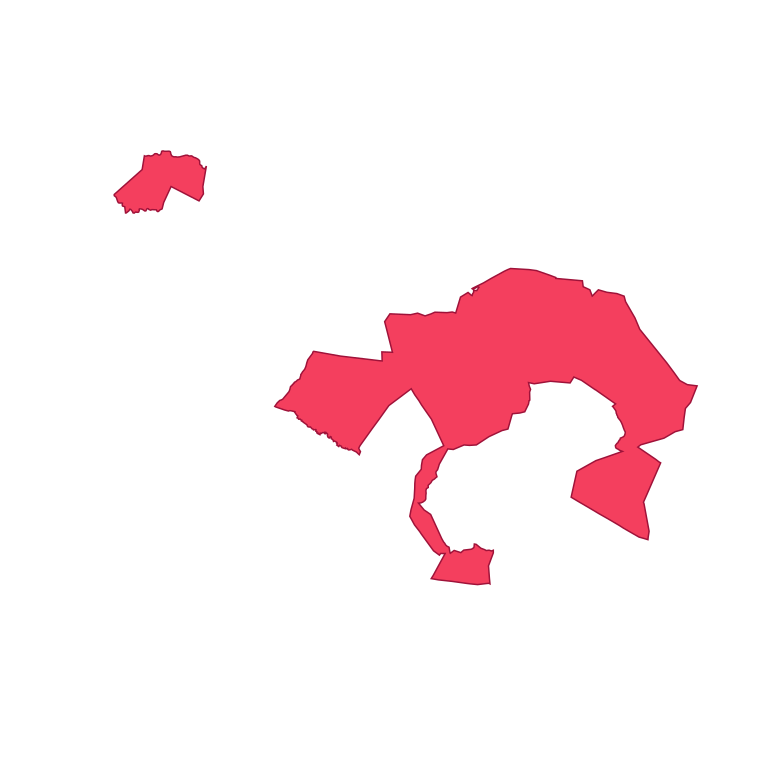 the district of Asunción Nochixtlán, Oaxaca, Mexico, rotated 103°
{"feature_id": "50627088B53050207097462", "entity_name": "Asunción Nochixtlán", "entity_type": "district", "adm_level": 2, "iso_a3": "MEX", "parent_name": "Mexico", "parent_adm1": "Oaxaca", "projection": "natural_earth1", "projection_center": [-97.155, 17.382], "detail": "fine", "context": "isolated", "style": "filled", "palette": "rose", "viewbox_px": 768, "rotation_deg": 103, "n_neighbors": 0, "source": "geoboundaries", "source_scale": "gbopen_adm2", "svg_char_len": 6130}
<svg xmlns="http://www.w3.org/2000/svg" viewBox="0 0 768 768"><g transform="rotate(103 384 384)"><path d="M476.3,91.8L474.2,92.1L468.6,92.5L467.8,92.6L442.2,103.7L440.8,104.6L431.9,102.9L398.6,96.7L398.1,98.4L396.2,102.5L388.4,122.5L385.5,120.2L373.8,99.0L365.0,89.6L361.2,82.6L349.2,84.0L340.0,84.8L333.1,81.2L315.4,78.5L316.4,88.3L314.2,96.2L313.7,97.1L307.8,103.8L299.8,113.2L273.2,147.1L263.1,154.4L249.5,167.1L244.4,169.8L243.5,177.4L244.5,187.5L244.0,196.3L248.5,199.1L251.0,200.5L251.5,200.9L245.9,204.6L244.4,211.8L238.8,213.9L242.5,240.4L241.6,240.5L240.9,245.6L239.2,260.9L239.9,268.4L243.0,286.7L244.8,289.3L247.1,292.2L256.9,303.2L263.1,309.8L270.6,319.0L271.3,319.6L271.7,318.4L268.1,314.6L268.4,313.3L272.1,314.6L272.7,317.7L274.7,317.3L275.9,317.9L278.0,318.0L277.9,318.8L275.9,322.7L282.1,329.0L298.7,330.1L298.5,333.7L300.3,338.7L302.6,350.6L305.2,354.1L308.4,359.3L307.4,367.2L310.5,373.7L314.3,394.0L323.1,397.4L329.8,393.9L351.2,382.9L353.2,393.3L361.9,391.0L362.2,392.6L363.3,402.8L366.6,432.7L368.0,459.9L368.5,460.3L369.4,460.5L370.0,460.4L377.6,463.7L380.9,464.0L382.9,464.0L384.8,464.1L387.5,464.6L390.5,466.1L392.7,466.8L393.4,467.2L394.4,467.0L395.7,467.1L397.9,467.2L398.2,467.3L398.3,467.6L398.8,468.0L399.1,468.6L399.7,469.3L400.5,469.7L400.9,470.1L401.3,470.2L402.4,471.6L403.3,471.7L403.6,472.3L404.8,472.6L405.3,473.2L406.1,473.3L407.2,474.3L407.6,474.5L410.4,474.5L412.7,474.8L415.3,476.1L421.6,479.3L422.7,480.6L423.5,481.9L426.4,483.8L430.4,485.4L430.7,484.4L431.7,474.9L431.8,472.2L431.8,470.9L431.2,470.0L431.0,468.8L431.0,464.6L431.6,464.7L432.3,463.8L433.0,463.2L433.6,462.2L434.1,461.9L434.5,460.8L436.5,461.1L436.8,459.6L437.5,459.3L437.4,458.9L437.1,457.7L437.6,457.3L437.8,456.0L438.6,456.1L438.9,454.5L439.5,454.1L439.7,453.3L440.5,451.4L441.0,450.0L441.8,449.5L442.7,448.7L442.8,447.2L442.4,446.0L443.8,444.1L443.9,443.7L443.9,443.0L444.6,442.4L443.7,440.2L443.9,439.9L445.3,439.9L445.5,438.8L445.6,438.6L446.6,438.5L447.2,437.7L446.7,437.2L447.5,436.3L447.8,435.0L446.3,435.0L446.4,434.1L445.1,432.8L445.1,432.0L444.4,431.0L445.3,430.9L445.8,430.2L444.4,429.5L444.7,429.1L445.2,428.7L445.0,428.2L445.6,427.6L446.7,427.6L448.2,426.9L449.0,425.3L447.3,424.4L447.6,423.4L449.1,423.2L449.5,421.9L450.3,420.8L451.3,420.3L450.7,419.5L451.5,416.7L452.3,416.9L452.8,415.9L454.1,416.3L455.1,414.0L453.8,413.6L454.3,411.4L454.9,411.3L455.4,410.7L455.7,407.8L455.1,407.2L455.6,407.0L455.8,406.5L455.0,405.2L455.1,404.9L455.9,404.5L456.2,403.8L456.1,403.1L455.8,402.7L455.5,401.8L454.9,400.8L455.5,399.8L456.5,395.5L457.2,394.4L458.5,392.2L455.2,391.7L453.8,393.0L452.2,394.2L449.5,393.5L434.6,387.3L430.0,385.4L420.3,381.2L403.9,374.4L382.5,356.4L387.7,351.5L392.4,346.2L395.9,342.8L401.9,336.2L407.6,329.9L430.7,311.9L443.5,326.6L449.1,329.5L454.8,329.2L458.7,328.5L463.4,330.8L466.7,332.4L470.3,332.1L473.9,331.6L478.7,330.6L488.6,328.9L500.4,329.4L507.1,329.1L514.4,322.6L519.8,316.0L521.7,314.0L535.4,298.2L538.3,291.5L536.4,290.7L535.4,286.3L559.5,293.0L563.0,294.2L562.6,286.9L561.0,273.3L559.7,258.6L559.3,254.8L558.4,247.7L555.4,239.4L554.6,237.0L554.9,235.8L549.5,237.6L538.2,241.1L537.9,241.3L524.8,239.6L523.9,239.5L521.4,240.1L522.5,241.7L522.3,244.2L523.3,247.1L522.8,248.4L522.2,252.7L519.5,258.1L519.6,260.0L522.6,259.6L523.4,259.8L525.3,261.6L527.9,268.9L531.0,271.2L530.4,278.2L534.0,281.3L533.6,281.7L528.4,283.9L527.8,286.3L526.8,287.9L525.6,288.9L524.5,290.4L521.5,293.1L500.6,309.2L497.7,316.6L492.3,323.6L491.6,321.4L490.3,319.6L488.3,317.9L486.7,317.4L485.0,317.8L482.9,318.2L481.0,318.4L478.5,319.2L476.4,319.1L474.9,317.6L472.8,318.2L471.3,317.2L469.6,316.1L467.0,315.3L465.3,313.5L463.6,312.4L462.5,311.5L459.0,313.5L457.4,313.5L455.5,312.5L451.7,312.2L449.7,312.1L432.9,307.2L432.2,301.7L425.4,292.3L424.6,287.0L422.6,280.3L411.7,269.9L402.8,258.5L400.0,253.1L386.1,252.4L384.1,252.2L381.7,245.1L379.4,240.6L371.1,238.7L367.6,238.9L367.3,238.4L366.5,238.4L359.1,240.3L356.2,240.0L353.5,241.9L350.1,243.5L350.0,237.7L343.9,222.5L341.1,202.9L334.5,200.6L336.0,192.4L342.0,177.1L341.9,177.0L351.3,153.9L354.4,156.3L355.0,155.3L356.5,153.7L357.1,152.9L358.4,151.8L360.3,151.1L360.8,150.6L361.7,150.2L362.7,149.2L363.9,148.7L364.6,147.9L365.2,147.2L366.5,145.5L367.5,144.6L368.7,143.6L369.7,142.9L370.2,142.5L371.8,141.5L373.1,140.7L375.4,139.1L376.4,138.1L378.3,137.9L380.2,138.1L381.3,138.6L383.0,140.6L383.5,141.5L385.3,141.6L385.6,142.0L387.5,142.7L388.5,142.8L389.5,143.7L390.1,143.9L390.8,144.3L392.0,144.7L393.5,144.1L394.4,143.3L394.6,142.4L394.7,141.8L395.6,139.4L396.0,136.5L396.6,137.4L405.9,152.1L411.0,160.3L425.6,176.4L452.2,176.2L454.6,168.8L459.8,152.2L461.9,145.7L464.4,137.3L468.9,122.9L470.7,117.9L475.8,101.1L476.0,96.2L476.3,91.8ZM260.0,689.5L261.2,689.2L262.0,687.5L262.5,686.8L266.2,684.5L267.2,683.5L267.1,681.9L266.7,680.9L266.7,679.5L268.4,679.4L269.4,678.8L269.6,676.5L275.5,674.3L275.3,673.6L272.8,671.6L270.8,670.9L270.9,670.0L272.6,667.8L273.7,667.1L273.7,665.9L272.4,664.8L272.1,662.4L271.6,661.7L269.8,661.5L268.8,661.9L268.3,661.5L268.1,659.4L268.4,657.9L269.2,656.1L268.9,655.0L266.7,654.4L266.2,653.6L266.3,653.0L266.8,652.4L267.0,651.4L267.1,650.4L266.3,649.4L265.5,644.9L266.5,644.3L266.9,643.2L266.5,642.5L264.4,641.2L263.9,640.3L263.3,639.6L256.7,639.5L239.5,635.9L247.2,605.4L239.4,602.7L232.4,604.9L211.6,606.1L213.7,606.7L214.5,606.4L215.2,606.2L214.7,606.7L214.6,607.1L214.6,608.3L213.9,609.8L213.4,610.2L212.7,610.4L212.2,610.9L211.9,612.1L211.2,613.0L209.3,613.5L208.2,613.8L207.2,614.9L206.7,616.0L206.3,617.4L206.0,618.5L205.9,620.4L205.0,622.6L205.2,623.6L205.7,625.1L205.3,626.9L205.6,628.5L208.8,634.5L209.1,635.6L209.4,636.5L209.4,637.7L209.6,638.7L209.9,639.6L209.8,641.0L209.3,642.3L207.7,643.5L206.7,643.9L205.7,644.5L205.5,645.5L205.7,646.7L206.0,647.6L206.6,650.2L206.6,651.8L207.2,652.9L207.9,653.0L208.3,652.9L209.1,653.0L209.9,653.1L210.8,653.5L211.6,654.5L211.4,655.6L210.8,656.7L210.8,657.4L210.9,658.2L211.2,659.1L211.8,659.6L212.5,660.0L213.5,660.9L214.4,662.6L214.3,664.1L214.5,665.3L215.0,666.0L215.8,668.2L215.6,668.8L229.5,667.9L260.0,689.5Z" fill="#f43f5e" stroke="#9f1239" stroke-width="1.5"/></g></svg>